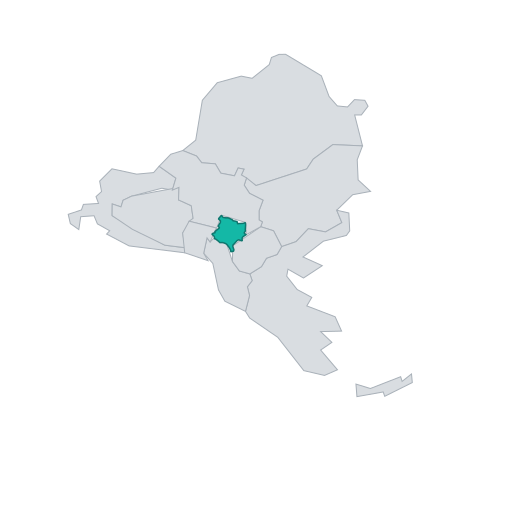 Kosovo and the surrounding countries, rotated 338°
{"feature_id": "XKX", "entity_name": "Kosovo", "entity_type": "country or territory", "adm_level": 0, "iso_a3": "XKX", "parent_name": "Europe", "parent_adm1": "", "projection": "equal_earth", "projection_center": [20.84, 42.557], "detail": "fine", "context": "with_neighbors", "style": "filled", "palette": "teal", "viewbox_px": 512, "rotation_deg": 338, "n_neighbors": 9, "source": "natural_earth", "source_scale": "50m", "svg_char_len": 4188}
<svg xmlns="http://www.w3.org/2000/svg" viewBox="0 0 512 512"><g transform="rotate(338 256 256)"><path d="M387.6,147.3L396.7,152.1L405.9,147.9L415.2,152.4L416.0,159.1L406.5,164.7L400.3,162.2L396.0,193.8L369.0,181.5L345.4,187.6L335.6,194.3L282.4,190.7L272.8,175.4L277.4,171.0L272.4,167.7L266.1,173.6L254.4,166.0L252.8,155.3L240.6,149.2L238.3,141.0L227.6,130.8L243.5,126.0L264.6,91.5L285.0,80.8L309.7,83.7L319.0,89.8L340.0,83.5L344.7,77.7L353.0,77.7L359.0,80.1L384.1,113.4L383.5,135.5L387.6,147.3Z" fill="#d9dde1" stroke="#a8b0b8" stroke-width="1"/><path d="M276.5,180.0L282.4,190.7L335.6,194.3L345.4,187.6L369.0,181.5L396.0,193.8L385.9,204.7L379.2,223.7L386.4,239.0L368.6,235.4L348.0,243.8L348.1,257.2L329.5,259.7L314.8,250.3L298.5,257.7L283.3,256.9L281.7,239.2L271.3,230.6L274.7,226.8L272.4,223.7L275.8,215.2L283.4,206.9L273.5,195.5L271.6,185.9L276.5,180.0Z" fill="#d9dde1" stroke="#a8b0b8" stroke-width="1"/><path d="M356.0,423.6L353.5,431.9L322.8,434.3L323.0,429.7L296.9,424.2L300.7,412.2L312.4,421.7L344.9,422.1L344.5,427.0L356.0,423.6ZM283.3,256.9L298.5,257.7L314.8,250.3L329.5,259.7L348.1,257.2L348.0,243.8L358.2,250.9L352.3,267.8L347.5,270.8L324.1,267.5L299.2,274.5L313.8,289.8L291.8,294.2L280.7,280.2L276.9,286.2L281.6,302.5L292.2,315.3L284.4,321.3L306.6,342.0L307.2,357.7L287.6,350.3L294.0,364.5L280.7,367.4L288.9,392.0L274.8,392.4L257.4,380.2L245.7,339.5L226.9,311.2L225.5,303.4L235.2,290.2L236.5,281.3L243.2,277.4L243.6,270.3L257.1,267.9L264.9,262.0L276.1,262.5L283.3,256.9Z" fill="#d9dde1" stroke="#a8b0b8" stroke-width="1"/><path d="M243.6,270.3L243.2,277.4L236.5,281.3L235.2,290.2L225.5,303.4L210.2,286.3L208.5,273.4L213.2,246.7L208.5,233.9L217.4,220.8L218.7,225.8L224.2,223.4L233.4,233.3L232.1,252.2L235.0,263.7L243.6,270.3Z" fill="#d9dde1" stroke="#a8b0b8" stroke-width="1"/><path d="M155.1,121.2L176.0,135.4L192.3,140.3L199.8,136.5L210.9,153.8L203.1,163.6L194.1,157.9L163.1,153.9L153.7,154.5L149.2,159.9L142.2,153.9L137.7,164.7L175.5,211.8L193.4,221.8L191.1,226.3L142.1,199.1L125.7,179.7L129.8,177.8L121.0,166.8L120.9,158.0L108.2,153.9L101.6,165.1L96.0,156.4L97.5,147.0L111.4,147.9L115.3,143.5L129.7,148.3L129.9,141.0L136.9,138.4L139.1,128.0L155.1,121.2Z" fill="#d9dde1" stroke="#a8b0b8" stroke-width="1"/><path d="M193.4,221.8L175.5,211.8L151.4,185.0L137.7,164.7L142.2,153.9L149.2,159.9L153.7,154.5L163.1,153.9L210.3,163.5L205.2,175.0L214.8,185.1L211.8,197.5L196.6,207.2L193.4,221.8Z" fill="#d9dde1" stroke="#a8b0b8" stroke-width="1"/><path d="M271.3,230.6L281.7,239.2L283.3,256.9L276.1,262.5L264.9,262.0L257.1,267.9L243.6,270.3L235.0,263.7L232.1,252.2L238.3,237.8L271.3,230.6Z" fill="#d9dde1" stroke="#a8b0b8" stroke-width="1"/><path d="M199.8,136.5L215.1,129.7L227.6,130.8L238.3,141.0L240.6,149.2L252.8,155.3L254.4,166.0L266.1,173.6L272.4,167.7L277.4,171.0L272.8,175.4L276.5,180.0L271.6,185.9L273.5,195.5L283.4,206.9L275.8,215.2L272.4,223.7L274.7,226.8L271.3,230.6L254.9,232.6L258.9,220.9L239.4,205.3L228.0,217.5L229.7,215.2L207.0,198.7L211.8,197.5L214.8,185.1L205.2,175.0L210.3,163.5L203.1,163.6L210.9,153.8L199.8,136.5Z" fill="#d9dde1" stroke="#a8b0b8" stroke-width="1"/><path d="M229.7,215.2L218.7,225.8L217.4,220.8L208.5,233.9L209.8,242.4L191.1,226.3L196.6,207.2L207.0,198.7L229.7,215.2Z" fill="#d9dde1" stroke="#a8b0b8" stroke-width="1"/><path d="M229.8,217.1L232.3,216.3L232.7,215.7L232.1,214.5L232.5,213.8L235.5,211.6L236.0,210.6L236.2,209.9L235.8,209.1L235.2,207.8L235.5,207.2L237.0,206.5L238.3,205.7L239.1,205.6L239.5,206.2L239.5,206.8L240.0,207.9L240.9,208.5L242.5,209.4L244.3,210.1L245.7,211.4L247.7,213.7L248.0,214.8L249.7,215.8L251.3,217.0L251.1,219.1L256.6,221.0L257.9,221.0L258.5,221.3L258.5,221.8L258.0,223.3L255.8,227.8L255.6,228.8L254.0,229.8L253.7,230.4L254.2,231.6L254.6,232.5L251.1,233.3L249.9,234.1L249.2,235.7L249.0,236.5L248.4,236.5L247.4,235.7L246.1,234.5L244.4,234.6L238.6,237.3L238.0,238.7L237.9,241.7L237.5,242.5L236.9,243.1L234.5,242.7L234.3,242.5L234.6,241.4L234.5,238.8L233.4,234.6L232.6,233.2L231.1,231.8L229.8,230.9L227.6,230.1L226.5,227.8L224.9,225.1L224.1,224.5L224.2,224.3L224.6,222.3L224.1,220.9L223.4,219.6L223.9,218.9L225.4,218.9L226.7,219.0L227.2,217.9L229.8,217.1Z" fill="#14b8a6" stroke="#0f766e" stroke-width="1.5"/></g></svg>